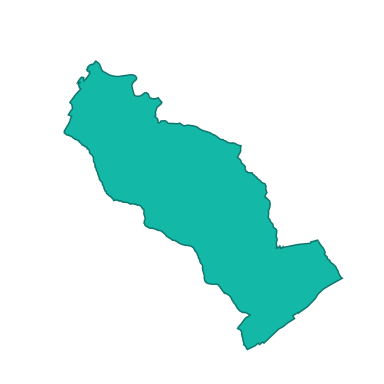 outline of Tetoiu, Vâlcea, Romania, rotated 141°
{"feature_id": "2599482B45871606876108", "entity_name": "Tetoiu", "entity_type": "district", "adm_level": 2, "iso_a3": "ROU", "parent_name": "Romania", "parent_adm1": "Vâlcea", "projection": "robinson", "projection_center": [23.926, 44.772], "detail": "fine", "context": "isolated", "style": "filled", "palette": "teal", "viewbox_px": 384, "rotation_deg": 141, "n_neighbors": 0, "source": "geoboundaries", "source_scale": "gbopen_adm2", "svg_char_len": 6066}
<svg xmlns="http://www.w3.org/2000/svg" viewBox="0 0 384 384"><g transform="rotate(141 192 192)"><path d="M230.6,338.4L230.3,336.5L230.4,335.5L232.5,331.8L235.3,331.3L239.6,329.8L237.9,326.5L240.2,325.5L240.9,325.1L241.3,324.5L243.4,323.4L246.7,321.9L247.4,321.9L248.0,321.5L252.5,319.9L252.4,319.5L253.0,319.4L254.1,318.4L253.3,314.9L252.4,314.2L250.6,310.7L250.3,308.6L249.8,307.4L249.7,306.3L248.6,305.2L248.3,303.8L247.5,303.3L248.1,301.7L247.6,300.0L247.7,297.4L247.0,296.5L246.6,294.4L245.4,292.9L246.3,291.5L245.8,291.2L245.8,290.7L245.5,289.7L245.7,288.8L246.7,287.4L247.0,285.7L246.4,283.4L246.9,280.7L247.2,280.2L247.9,279.8L248.2,278.9L249.1,278.0L249.4,277.2L249.5,275.8L250.0,274.5L250.7,273.7L250.6,273.3L251.6,272.5L251.3,272.0L252.6,269.0L252.6,268.2L253.1,267.1L253.2,266.3L254.1,265.0L254.0,264.0L254.6,263.3L254.9,262.0L256.0,260.0L255.9,259.0L256.1,258.1L255.7,257.5L256.0,257.0L255.7,256.3L256.5,254.7L257.0,254.1L256.9,252.8L257.9,250.2L258.4,249.6L258.6,247.8L258.9,247.4L258.4,246.7L259.3,244.9L258.9,242.7L258.9,241.5L258.0,239.7L258.1,238.5L257.9,237.8L258.0,237.4L257.7,235.7L258.3,234.8L256.1,233.4L255.5,233.2L255.1,232.6L255.0,232.1L254.2,231.2L254.3,230.7L253.7,230.5L253.2,229.8L252.7,229.7L252.4,229.3L252.6,228.5L252.4,228.1L251.0,226.5L250.5,226.5L250.2,225.8L248.8,224.5L248.2,223.3L247.8,221.7L246.9,220.9L245.5,220.5L244.6,219.0L243.5,218.0L243.5,217.4L243.1,217.2L242.7,216.0L241.8,215.7L240.7,213.6L240.7,212.0L240.9,211.3L240.6,210.9L241.0,210.0L240.5,209.1L240.7,208.3L241.3,207.2L242.2,206.5L243.5,204.6L244.0,202.7L244.5,202.1L244.7,201.1L245.8,200.2L247.2,199.6L247.5,199.0L248.6,198.3L248.6,198.0L249.0,197.7L248.9,197.0L249.4,195.8L249.4,194.9L248.9,193.7L248.4,193.3L248.5,192.3L247.5,190.4L246.2,189.4L246.0,188.9L245.2,188.6L245.0,187.8L243.7,186.2L243.5,185.4L243.0,185.1L243.0,184.4L242.4,183.4L241.5,182.6L240.5,181.3L240.5,180.6L240.0,180.1L240.2,179.4L239.9,179.0L239.8,177.4L239.4,176.1L239.7,174.1L238.7,170.9L238.1,169.4L237.4,166.7L235.9,165.4L235.4,163.8L235.0,163.5L235.0,163.0L234.1,160.1L232.4,156.9L231.7,156.3L230.7,154.6L229.7,154.0L226.7,150.3L226.0,147.5L226.3,146.6L226.2,145.7L226.8,144.6L226.5,142.7L226.7,142.4L226.7,141.0L227.4,139.6L227.2,139.1L227.4,138.6L228.4,136.8L228.2,136.1L228.7,135.5L228.4,135.1L228.4,134.8L229.6,133.1L229.8,131.8L230.1,131.5L229.9,130.2L230.1,127.9L230.6,127.3L231.6,126.7L231.8,125.8L232.9,124.6L232.9,124.2L233.7,122.6L233.8,122.0L235.2,119.0L236.6,117.4L237.8,115.2L238.0,114.5L237.7,113.5L238.0,113.0L237.7,111.9L236.5,110.0L234.5,107.8L230.7,104.7L230.2,103.6L230.0,101.0L230.3,99.3L230.1,98.2L230.3,97.5L230.5,92.8L229.8,92.9L228.2,88.3L228.1,86.6L228.2,84.7L228.8,83.4L229.3,79.0L229.1,77.0L229.8,73.8L229.8,69.9L228.8,67.2L227.6,65.7L226.1,64.4L224.2,59.9L226.9,59.8L228.3,60.3L230.5,60.2L238.3,58.2L238.7,58.4L242.4,57.3L242.2,56.3L241.2,54.6L241.2,53.7L241.6,51.8L243.2,49.9L243.0,49.6L243.3,48.9L244.1,48.1L244.1,47.1L245.1,45.8L246.3,43.4L246.5,42.2L247.9,40.8L247.5,39.1L247.5,38.0L248.0,36.6L248.1,34.8L239.9,32.8L235.8,32.9L235.5,30.9L231.6,31.0L231.2,29.3L210.8,30.9L205.6,30.0L200.6,30.1L192.0,29.1L191.6,32.5L185.3,31.5L185.5,30.9L174.5,30.2L163.2,31.6L158.7,33.3L150.9,33.9L142.3,32.7L129.5,30.4L129.8,31.9L129.8,33.5L129.1,36.7L128.3,38.4L127.9,41.4L127.3,43.5L127.8,47.6L128.6,50.0L128.0,52.4L128.9,55.2L128.1,56.1L127.7,57.1L128.4,58.7L128.2,59.6L127.9,59.9L128.1,60.4L126.4,61.4L125.9,63.9L125.3,65.3L125.4,68.6L125.1,72.7L124.7,75.6L129.0,77.4L130.7,78.4L131.0,78.4L132.2,77.6L143.0,84.7L155.1,91.0L155.7,91.6L155.6,92.2L156.8,91.7L157.4,91.9L157.5,92.5L157.8,92.5L158.1,92.1L158.4,92.2L158.6,92.3L158.0,93.4L157.8,94.6L158.7,94.2L159.6,94.2L160.5,94.6L160.1,95.1L161.1,95.1L161.6,95.4L159.8,97.3L158.9,99.1L156.0,101.1L154.8,103.2L154.8,104.3L150.5,108.4L150.1,110.3L150.7,112.1L150.8,113.0L150.6,114.1L149.7,115.5L149.4,116.5L149.7,119.1L148.9,121.6L148.9,123.6L148.7,124.3L146.0,127.0L144.4,129.2L141.5,130.9L138.8,133.4L138.6,134.3L137.9,135.0L137.4,136.2L137.9,141.2L138.3,141.4L138.1,141.6L138.2,142.6L135.6,144.0L134.2,144.3L133.5,146.2L133.4,146.9L132.9,147.4L132.4,148.5L131.2,149.4L130.8,150.1L130.6,151.0L130.2,151.8L130.2,152.7L131.9,155.5L131.8,157.9L132.7,161.0L132.5,162.9L133.0,164.5L133.1,166.3L133.6,167.4L133.2,169.0L136.2,171.7L136.2,172.8L136.9,173.6L136.5,176.1L135.8,177.2L134.7,178.1L134.8,181.2L135.3,183.6L135.1,184.2L134.4,185.3L134.2,186.2L134.5,188.9L135.0,190.1L134.9,190.4L129.2,192.7L128.0,193.7L126.8,195.4L125.7,196.2L125.5,196.8L124.8,197.2L125.5,197.9L127.0,200.0L128.1,202.9L128.7,203.8L129.5,204.3L129.6,204.7L130.5,204.8L130.6,205.4L131.7,206.1L133.1,208.2L133.8,210.5L134.7,211.9L135.0,213.3L136.5,214.7L137.0,215.6L137.9,219.8L138.6,222.1L139.2,222.6L139.3,223.3L139.8,223.9L139.9,224.6L140.3,225.3L140.5,226.5L145.4,233.8L146.4,236.4L147.3,239.6L149.4,242.6L153.2,246.7L156.0,248.0L156.6,248.7L157.1,249.5L158.2,253.3L159.0,253.3L161.1,254.8L163.0,256.7L164.0,257.4L165.4,258.8L166.5,259.5L167.4,260.7L167.6,263.2L168.0,264.2L170.9,266.4L171.6,266.7L172.5,266.3L173.8,266.3L174.6,267.1L174.6,267.5L173.2,269.2L172.8,270.7L173.1,274.4L171.6,274.7L170.4,276.9L166.1,279.8L160.9,279.9L159.0,280.6L159.1,285.3L158.9,286.5L161.3,287.3L163.3,288.6L165.4,291.4L165.3,292.7L164.3,295.8L164.8,297.6L166.5,298.9L170.2,298.9L172.6,299.5L174.7,301.2L175.3,302.1L175.8,303.3L175.7,304.3L172.3,311.8L171.0,313.2L169.3,313.9L168.4,314.2L164.7,314.4L163.9,314.8L163.0,316.1L163.1,318.2L164.1,320.1L165.9,321.7L177.0,328.4L179.4,330.7L182.4,334.6L185.3,342.0L185.4,343.1L183.5,349.5L183.5,350.9L184.4,354.3L187.8,353.6L189.0,353.6L189.8,354.5L191.2,354.9L194.6,354.7L194.8,353.8L196.6,353.5L196.6,352.4L197.2,352.2L197.1,351.7L196.5,351.5L195.7,349.9L196.8,349.5L196.8,349.3L196.5,349.1L196.6,348.5L200.3,347.3L205.8,346.2L206.2,346.3L205.2,347.7L204.8,348.7L204.2,349.1L205.6,350.7L207.0,350.6L210.8,349.6L212.2,348.9L211.1,348.6L209.6,347.0L211.2,347.6L212.7,347.2L213.2,345.3L213.2,344.7L213.7,344.3L213.9,343.5L213.5,342.0L221.8,340.8L230.6,338.4Z" fill="#14b8a6" stroke="#0f766e" stroke-width="1.5"/></g></svg>